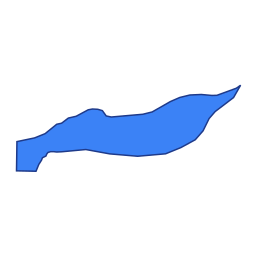 the border of Kayunga, rotated 273°
{"feature_id": "UGA-3067", "entity_name": "Kayunga", "entity_type": "District", "adm_level": 1, "iso_a3": "UGA", "parent_name": "Uganda", "parent_adm1": "", "projection": "orthographic", "projection_center": [32.888, 1.01], "detail": "fine", "context": "isolated", "style": "filled", "palette": "blue", "viewbox_px": 256, "rotation_deg": 273, "n_neighbors": 0, "source": "natural_earth", "source_scale": "10m", "svg_char_len": 704}
<svg xmlns="http://www.w3.org/2000/svg" viewBox="0 0 256 256"><g transform="rotate(273 128 128)"><path d="M101.2,111.1L104.3,87.0L100.8,63.1L100.3,58.0L100.5,55.1L100.3,51.9L99.4,49.4L97.9,48.3L95.7,47.5L93.8,44.1L91.3,43.3L86.9,40.8L80.0,38.4L79.4,18.9L108.6,17.8L113.2,35.2L118.0,45.5L128.0,56.6L129.3,61.4L134.8,67.9L137.0,75.6L144.1,87.3L145.1,91.5L145.1,96.9L144.0,101.5L138.9,105.6L138.1,110.7L142.5,142.1L145.3,151.3L156.6,168.9L161.2,178.1L164.2,188.1L165.3,199.4L164.9,210.1L165.3,215.1L173.4,234.1L176.6,238.2L163.9,231.8L160.8,228.1L149.0,214.2L141.7,208.5L129.1,203.1L119.8,195.8L111.2,181.8L104.2,166.9L100.3,139.1L101.2,111.1Z" fill="#3b82f6" stroke="#1e3a8a" stroke-width="1.5"/></g></svg>